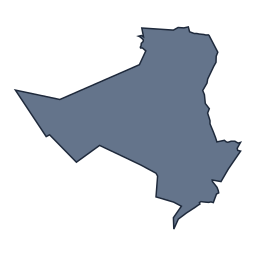 Santa María Temaxcalapa, Oaxaca, Mexico
{"feature_id": "50627088B67210790477336", "entity_name": "Santa María Temaxcalapa", "entity_type": "district", "adm_level": 2, "iso_a3": "MEX", "parent_name": "Mexico", "parent_adm1": "Oaxaca", "projection": "orthographic", "projection_center": [-96.15, 17.377], "detail": "fine", "context": "isolated", "style": "filled", "palette": "slate", "viewbox_px": 256, "rotation_deg": 0, "n_neighbors": 0, "source": "geoboundaries", "source_scale": "gbopen_adm2", "svg_char_len": 1238}
<svg xmlns="http://www.w3.org/2000/svg" viewBox="0 0 256 256"><path d="M156.0,196.9L173.6,202.1L181.4,206.2L173.4,217.7L173.8,228.7L173.8,229.1L178.3,219.1L186.4,213.0L195.3,207.2L198.1,205.2L199.9,204.1L199.4,202.6L200.9,201.6L204.1,202.0L208.6,202.4L211.0,201.9L213.3,202.6L216.5,194.0L218.7,192.9L218.3,190.7L217.0,187.3L212.4,181.5L212.2,180.0L221.0,181.6L228.4,168.9L240.6,151.1L237.7,150.4L237.2,148.3L240.5,142.4L238.2,143.1L236.5,142.2L234.9,141.2L232.3,141.2L231.1,141.2L228.5,142.1L227.5,142.3L226.0,141.7L224.4,140.3L220.7,141.1L216.9,141.9L215.6,137.8L213.3,131.8L210.0,123.9L210.0,120.7L209.3,118.3L207.6,113.1L209.3,108.7L205.3,103.5L204.4,94.6L202.7,90.5L207.0,83.1L207.7,79.0L213.7,66.4L216.0,62.3L216.2,56.2L217.8,52.2L209.1,35.5L208.4,34.9L205.9,35.0L205.4,34.9L203.9,34.5L199.1,34.0L196.9,33.5L194.2,33.5L189.6,31.8L188.3,26.9L183.9,27.9L178.1,27.5L173.4,30.1L141.8,28.0L143.5,36.8L141.5,35.5L138.6,36.2L139.6,36.6L140.5,37.3L141.8,38.4L143.1,39.5L143.3,40.8L142.9,41.8L141.3,43.3L141.0,46.0L140.3,47.1L140.6,48.0L142.5,48.0L145.8,50.9L139.4,64.7L59.8,99.5L15.4,90.1L46.2,136.6L49.6,134.8L76.4,162.2L99.6,145.4L140.6,164.9L156.0,173.2L157.6,176.1L156.0,196.9Z" fill="#64748b" stroke="#1e293b" stroke-width="1.5"/></svg>